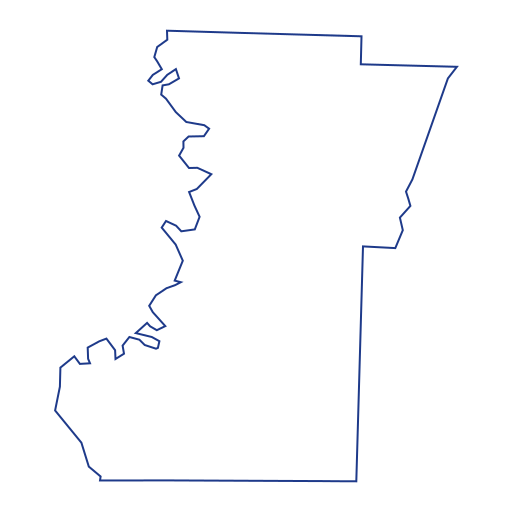 the district of Lafayette, Arkansas, United States of America
{"feature_id": "52423323B82644020143866", "entity_name": "Lafayette", "entity_type": "district", "adm_level": 2, "iso_a3": "USA", "parent_name": "United States of America", "parent_adm1": "Arkansas", "projection": "albers", "projection_center": [-93.686, 33.25], "detail": "fine", "context": "isolated", "style": "outline", "palette": "blue", "viewbox_px": 512, "rotation_deg": 0, "n_neighbors": 0, "source": "geoboundaries", "source_scale": "gbopen_adm2", "svg_char_len": 1258}
<svg xmlns="http://www.w3.org/2000/svg" viewBox="0 0 512 512"><path d="M356.3,481.3L363.0,246.4L395.3,248.1L402.8,230.2L399.9,217.6L410.4,205.9L408.3,198.7L406.0,191.6L412.4,179.4L447.9,78.4L456.9,66.8L360.8,64.3L361.5,36.3L237.6,32.8L167.0,30.7L167.3,39.7L157.2,47.0L154.3,57.1L157.2,61.4L161.8,69.2L152.8,74.9L148.3,80.7L152.6,84.3L161.0,81.8L167.3,74.8L175.9,69.1L179.0,78.4L168.9,84.3L162.6,85.4L161.2,94.6L166.0,98.7L175.8,112.1L186.3,122.0L204.3,125.2L209.1,128.7L203.9,136.2L188.6,136.5L183.4,141.4L183.5,147.8L179.1,155.6L189.0,168.0L197.3,167.8L211.3,174.2L196.8,189.0L189.1,192.0L194.4,205.5L199.6,216.8L194.8,229.4L181.3,231.3L176.1,225.7L166.0,221.0L161.7,227.6L175.7,244.6L182.8,260.7L174.7,280.6L180.8,282.2L175.2,285.1L166.5,288.2L155.9,295.3L149.2,305.8L152.8,312.2L165.3,326.1L156.8,330.2L150.1,326.3L147.1,322.9L135.8,333.1L151.8,337.0L159.4,341.2L157.9,347.9L156.0,348.7L144.7,345.0L139.4,339.7L129.4,337.0L122.6,345.6L124.0,353.7L115.5,359.0L115.1,350.2L106.4,338.6L99.3,341.3L87.7,347.6L88.1,358.8L90.0,363.3L79.9,363.9L74.3,356.3L60.4,367.6L59.9,386.7L55.1,410.5L81.4,442.7L88.8,466.6L100.6,476.5L100.0,480.5L166.5,480.4L322.9,481.1L328.3,481.1L331.5,481.2L356.0,481.3L356.3,481.3Z" fill="none" stroke="#1e3a8a" stroke-width="2"/></svg>